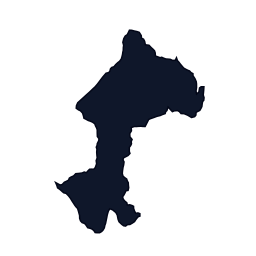 outline of Gália, São Paulo, Brazil, rotated 345°
{"feature_id": "56859067B22371947902737", "entity_name": "Gália", "entity_type": "district", "adm_level": 2, "iso_a3": "BRA", "parent_name": "Brazil", "parent_adm1": "São Paulo", "projection": "natural_earth1", "projection_center": [-49.584, -22.325], "detail": "fine", "context": "isolated", "style": "filled", "palette": "ink", "viewbox_px": 256, "rotation_deg": 345, "n_neighbors": 0, "source": "geoboundaries", "source_scale": "gbopen_adm2", "svg_char_len": 3135}
<svg xmlns="http://www.w3.org/2000/svg" viewBox="0 0 256 256"><g transform="rotate(345 128 128)"><path d="M57.9,202.8L58.1,205.4L59.2,207.5L61.4,209.0L62.3,210.9L63.3,213.9L65.7,215.2L67.3,216.5L68.5,218.3L69.2,220.5L71.1,221.2L73.5,221.8L75.7,221.2L77.4,220.2L79.3,218.3L80.5,215.9L81.6,214.4L83.1,211.4L84.4,208.8L85.4,206.7L86.4,205.0L87.6,203.1L89.5,201.3L91.9,203.0L94.4,206.5L95.1,209.4L94.8,213.7L95.1,216.3L97.0,219.4L98.5,221.3L100.3,222.1L102.5,221.2L104.9,221.7L107.5,221.0L110.1,220.1L111.6,218.7L113.3,217.4L115.0,216.3L116.7,216.2L117.3,213.8L115.6,212.6L113.5,212.5L112.8,210.0L112.6,207.1L113.1,205.1L111.8,203.9L109.8,202.6L107.4,202.3L107.5,199.9L106.0,197.8L105.0,195.6L104.9,193.1L106.5,191.8L108.2,190.0L109.8,188.1L111.9,188.3L113.2,185.9L113.6,183.2L114.1,180.9L113.6,178.9L113.5,176.9L111.9,175.0L110.7,173.1L110.7,170.5L111.6,168.0L113.0,164.7L114.2,162.6L115.4,159.7L114.9,157.6L115.9,155.7L117.7,155.3L120.9,154.6L123.3,153.1L123.2,150.9L124.3,147.0L126.1,145.6L127.3,144.1L127.5,142.1L129.0,140.1L127.6,137.1L128.2,133.9L130.6,131.6L131.2,128.4L134.6,128.2L136.2,128.7L139.0,129.2L141.1,129.7L142.6,130.3L144.9,131.0L150.2,125.1L152.1,124.8L156.1,124.5L159.0,124.2L162.3,124.3L164.8,123.9L167.6,123.7L168.6,122.0L170.1,121.2L172.1,118.1L175.1,123.7L177.1,123.4L180.3,124.0L181.8,125.3L183.0,127.8L185.9,128.7L189.0,131.1L192.1,134.3L195.3,134.3L196.9,133.1L197.8,130.5L199.4,130.1L201.9,129.6L203.7,127.8L204.9,126.4L205.9,123.9L206.9,121.8L208.3,120.9L209.3,118.4L209.2,115.6L209.9,113.8L210.9,111.1L212.0,107.8L209.3,107.1L207.5,107.8L205.8,111.6L203.0,112.9L203.3,109.8L204.7,106.6L205.6,103.1L205.9,100.9L205.4,97.6L204.3,94.3L204.8,92.3L203.2,90.8L202.2,88.8L200.8,87.8L199.0,86.2L197.3,84.5L196.1,82.0L194.9,79.4L194.2,77.6L193.2,75.7L193.0,72.7L191.2,74.8L188.6,74.3L186.6,72.6L184.7,71.9L182.4,71.1L180.3,69.6L178.9,68.4L177.2,68.4L175.1,66.9L173.1,65.5L173.7,62.6L173.6,60.3L172.5,58.3L171.2,56.3L169.7,53.5L166.3,52.1L166.5,48.6L166.0,46.2L164.3,44.7L164.7,42.1L163.6,38.5L161.5,37.1L159.1,35.9L156.9,34.6L154.7,33.9L153.2,35.7L151.4,37.7L149.2,38.4L147.1,40.5L145.2,43.9L145.2,47.0L144.3,49.1L143.5,51.8L142.6,53.5L141.8,55.4L140.9,57.1L139.4,59.6L137.1,61.4L135.1,62.2L132.5,63.6L130.3,65.2L128.0,65.3L126.4,66.3L125.3,68.3L123.7,69.5L121.0,69.4L116.6,72.4L109.7,77.8L106.6,79.9L104.8,80.8L99.9,83.5L96.5,85.2L86.0,90.6L84.0,93.1L83.1,95.5L84.9,97.7L86.5,99.0L88.0,101.8L88.1,104.9L88.0,107.2L89.3,108.3L91.6,110.5L93.3,111.6L95.3,113.2L97.0,115.3L97.2,117.6L97.7,119.9L97.8,121.8L97.0,124.8L96.2,128.3L97.2,130.8L96.5,132.6L94.3,135.1L93.6,136.8L92.4,138.3L92.5,140.5L91.5,143.2L90.8,146.9L90.5,148.9L88.8,151.3L88.4,154.5L86.1,157.8L84.2,159.0L82.1,158.3L80.2,157.9L78.3,159.0L76.2,160.4L74.3,159.2L72.1,159.6L69.1,159.2L65.7,158.6L63.1,160.2L60.0,160.7L58.4,161.2L57.0,163.0L54.4,163.6L52.5,163.9L49.8,165.6L47.7,165.5L46.2,164.1L44.0,162.0L44.4,164.7L44.5,167.6L46.0,169.3L47.0,170.7L48.2,172.6L49.2,174.0L51.3,175.1L53.0,178.1L54.2,181.0L55.1,184.1L56.0,186.8L56.6,188.7L57.4,190.7L58.5,192.7L58.6,195.8L58.6,200.0L57.9,202.8Z" fill="#0f172a" stroke="#020617" stroke-width="1.5"/></g></svg>